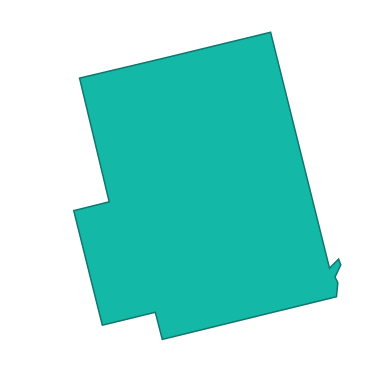 the district of St. Clair, Missouri, United States of America, rotated 74°
{"feature_id": "52423323B7145650265545", "entity_name": "St. Clair", "entity_type": "district", "adm_level": 2, "iso_a3": "USA", "parent_name": "United States of America", "parent_adm1": "Missouri", "projection": "orthographic", "projection_center": [-93.674, 38.024], "detail": "fine", "context": "isolated", "style": "filled", "palette": "teal", "viewbox_px": 384, "rotation_deg": 74, "n_neighbors": 0, "source": "geoboundaries", "source_scale": "gbopen_adm2", "svg_char_len": 364}
<svg xmlns="http://www.w3.org/2000/svg" viewBox="0 0 384 384"><g transform="rotate(74 192 192)"><path d="M268.0,314.0L295.3,314.9L297.5,260.4L325.5,261.2L329.4,161.0L332.5,82.0L319.6,76.9L313.1,77.9L303.1,69.1L296.9,69.6L303.1,80.8L60.1,72.4L55.5,183.6L51.5,268.7L178.6,274.3L177.3,310.8L268.0,314.0Z" fill="#14b8a6" stroke="#0f766e" stroke-width="1.5"/></g></svg>